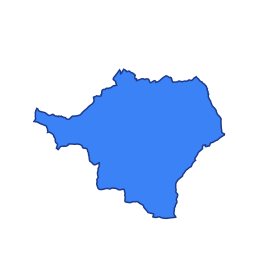 Fosca, Cundinamarca, Colombia, rotated 22°
{"feature_id": "7082276B26264709784086", "entity_name": "Fosca", "entity_type": "district", "adm_level": 2, "iso_a3": "COL", "parent_name": "Colombia", "parent_adm1": "Cundinamarca", "projection": "natural_earth1", "projection_center": [-73.944, 4.318], "detail": "fine", "context": "isolated", "style": "filled", "palette": "blue", "viewbox_px": 256, "rotation_deg": 22, "n_neighbors": 0, "source": "geoboundaries", "source_scale": "gbopen_adm2", "svg_char_len": 5796}
<svg xmlns="http://www.w3.org/2000/svg" viewBox="0 0 256 256"><g transform="rotate(22 128 128)"><path d="M205.7,192.9L205.1,192.0L204.2,191.8L203.4,191.2L202.3,189.5L201.7,186.7L201.3,185.7L201.0,184.7L201.0,184.0L201.2,183.4L201.2,182.8L200.7,181.1L201.0,180.4L201.2,180.1L201.2,178.9L201.0,178.2L200.6,177.4L199.8,176.5L199.5,175.9L199.4,175.5L199.5,173.9L199.4,172.6L199.2,171.4L198.7,170.7L197.1,170.0L196.5,169.6L196.2,169.2L195.8,167.4L194.6,165.6L194.1,164.2L193.3,162.2L193.1,160.9L193.4,159.0L193.9,157.1L194.2,156.4L196.3,152.7L196.5,152.1L196.3,150.6L196.4,149.9L196.9,148.6L197.0,147.8L197.7,145.0L198.6,143.9L198.9,143.0L199.4,142.2L199.8,141.5L200.9,140.3L201.1,139.9L201.1,138.9L201.0,138.1L201.2,136.2L201.7,134.6L202.7,132.6L201.8,132.1L201.5,131.7L201.4,131.0L201.7,129.8L202.3,126.2L202.3,124.6L202.7,123.5L203.6,121.8L204.1,121.0L204.8,119.4L204.8,119.0L204.3,118.4L204.0,116.8L204.0,116.0L206.2,114.7L206.7,116.2L208.2,115.5L209.0,114.9L209.6,114.3L210.2,114.0L210.1,111.0L211.2,110.2L212.1,109.4L213.9,107.1L215.5,105.5L216.9,102.6L218.9,99.8L219.3,99.1L219.8,98.7L219.9,98.3L219.7,97.5L219.5,97.3L219.1,97.3L218.7,97.4L217.4,97.2L216.8,97.0L216.5,96.6L214.0,92.1L212.9,89.8L211.2,85.8L211.0,84.8L210.7,84.5L209.0,83.3L208.1,82.9L207.3,82.4L206.2,82.1L204.3,80.4L203.1,78.7L201.7,77.7L200.0,76.8L198.5,76.3L197.4,75.5L196.7,74.7L195.7,73.8L194.7,72.4L194.1,71.8L193.1,71.2L192.3,70.4L191.0,69.4L190.1,67.4L190.1,66.3L190.0,66.2L189.1,65.9L188.6,64.3L187.2,63.2L187.1,62.8L187.0,62.1L185.7,61.0L185.0,60.0L183.9,59.6L182.8,58.9L180.7,58.4L179.6,57.7L177.9,57.6L176.6,57.2L175.8,56.6L174.8,56.1L173.6,55.8L172.0,54.9L171.7,55.4L170.5,57.0L170.0,58.7L169.3,59.9L168.0,60.5L167.1,60.4L166.4,60.8L165.1,62.5L164.6,62.8L163.2,63.1L161.5,64.4L159.7,65.1L157.8,65.3L157.4,65.5L156.9,66.4L155.3,67.5L153.2,68.2L152.1,68.7L151.9,68.5L151.3,67.7L150.4,67.1L150.4,66.4L149.2,65.2L148.8,65.2L148.5,65.1L148.1,65.5L147.8,65.7L147.0,65.6L145.5,65.3L143.8,65.3L142.6,66.9L141.4,68.6L140.9,69.6L139.5,72.5L138.5,73.8L137.1,75.1L136.8,75.3L136.0,74.2L134.7,74.2L134.0,75.0L132.8,76.7L131.9,77.6L131.6,77.6L130.8,77.0L129.1,75.3L128.8,75.1L128.0,75.1L126.4,75.7L125.7,76.7L124.1,76.6L123.8,76.8L123.2,76.8L122.3,77.3L118.2,80.9L117.7,79.5L117.2,79.2L116.8,79.3L116.5,79.7L116.1,79.6L115.1,78.3L115.0,77.8L115.0,76.4L114.0,75.9L112.9,75.7L112.4,75.4L111.9,75.3L110.0,75.4L109.2,75.2L108.8,75.0L107.6,74.8L107.0,75.2L106.2,76.0L105.9,76.2L105.2,75.7L104.5,75.8L103.4,75.2L102.5,75.3L102.0,75.2L101.5,78.8L101.1,80.4L100.9,80.6L100.7,80.4L100.3,79.2L99.9,78.5L99.1,77.8L98.4,77.3L97.3,81.9L96.9,83.0L96.9,83.4L95.8,86.9L96.0,88.3L96.1,88.5L96.4,88.7L97.9,89.0L99.0,89.6L100.4,91.4L101.5,92.7L99.5,93.8L98.6,94.4L97.8,95.7L96.7,97.3L94.8,98.6L93.2,99.2L92.9,99.5L92.3,100.8L91.2,101.2L90.6,101.7L90.0,102.4L89.9,103.4L90.9,107.1L90.9,107.3L90.5,107.5L90.9,108.2L90.8,108.6L88.8,109.5L86.7,110.0L86.4,110.6L86.0,111.1L84.5,112.3L84.7,112.9L85.1,113.2L85.4,113.9L86.5,115.6L86.3,117.3L85.9,118.9L83.5,122.8L82.9,124.6L82.2,126.2L81.8,126.7L80.2,129.9L79.4,132.0L79.3,132.7L78.5,134.2L77.8,134.5L76.6,135.6L75.9,136.0L74.5,136.7L73.6,137.3L72.9,137.4L72.0,137.9L71.6,138.5L71.1,139.9L70.6,140.6L70.5,141.3L70.1,141.9L69.6,142.2L68.0,142.7L67.8,142.7L67.0,142.2L65.7,141.8L64.8,142.2L64.3,142.4L63.2,142.1L62.5,142.4L62.0,142.0L61.7,142.0L61.1,142.7L60.1,142.7L59.4,142.8L59.2,143.0L58.9,143.7L58.7,143.8L57.7,143.5L57.1,143.8L56.0,144.1L55.1,144.1L54.8,144.0L54.2,143.5L53.8,143.4L53.4,143.5L52.7,143.8L52.3,144.2L51.2,145.5L49.7,146.0L47.9,145.6L47.0,145.2L45.2,144.9L44.3,145.0L43.2,145.2L40.1,145.6L38.6,145.4L37.6,144.5L37.1,144.1L36.1,144.0L36.1,146.7L36.3,148.5L36.9,149.7L38.0,152.5L38.3,153.1L39.0,154.0L38.4,157.2L41.0,156.5L43.7,156.6L44.8,156.8L49.5,156.7L51.3,156.8L51.7,156.9L52.4,157.8L53.7,159.0L54.4,160.5L55.0,161.3L55.1,162.1L55.6,161.6L56.6,161.5L57.8,161.4L60.5,161.9L61.6,162.5L62.1,163.2L63.0,164.1L64.0,164.7L64.8,165.8L65.3,167.0L66.2,168.3L66.9,168.7L68.2,169.0L68.8,169.7L69.1,171.5L69.1,172.9L69.3,173.7L70.4,173.6L71.0,174.2L71.4,174.1L71.6,173.6L72.0,171.6L72.2,171.0L72.7,170.3L73.6,169.6L74.0,169.4L75.2,169.1L77.6,167.9L78.9,166.3L78.8,165.6L78.9,165.2L79.5,165.0L80.3,164.4L81.5,164.1L82.8,163.6L85.4,162.8L87.0,161.7L88.1,161.7L89.2,161.3L90.3,161.3L92.0,161.7L92.3,161.9L93.1,163.1L93.7,163.3L94.8,163.3L95.4,162.8L95.6,162.7L96.6,162.8L97.4,162.6L97.9,162.8L98.5,163.4L99.4,164.8L100.0,165.3L100.5,165.6L100.8,165.8L101.1,166.9L101.7,167.9L102.5,168.8L104.2,172.1L104.7,172.7L105.4,173.2L106.7,173.4L107.5,173.7L109.6,174.7L110.4,174.8L111.3,174.4L111.8,174.0L112.8,172.9L113.7,171.5L114.1,171.2L114.5,171.0L114.7,171.4L114.8,172.5L115.5,174.0L115.7,174.5L115.4,176.8L115.6,177.2L116.0,177.8L116.2,178.2L116.3,180.0L116.5,181.1L117.2,182.5L118.7,184.7L118.9,185.1L118.9,185.6L118.5,186.5L118.5,187.4L118.8,188.3L119.6,189.4L119.6,190.1L119.8,191.2L120.2,192.0L121.4,193.5L122.9,195.1L123.7,195.5L124.5,195.6L126.3,195.1L127.7,194.3L130.2,192.4L131.3,191.8L133.3,191.4L134.2,191.3L134.5,191.1L135.0,190.2L136.2,189.4L137.0,189.3L138.4,188.8L138.7,188.6L140.3,188.5L141.7,188.8L143.2,188.6L144.9,187.7L146.2,186.6L147.0,186.4L147.4,186.4L147.8,186.9L148.7,188.3L149.8,189.7L150.0,190.3L150.1,191.5L150.4,191.9L151.1,192.6L151.3,193.0L152.3,196.5L152.5,196.9L153.2,197.4L154.1,197.4L157.5,196.6L159.0,195.7L159.9,194.6L160.3,194.4L162.2,193.8L163.8,192.9L165.3,192.8L166.5,193.3L167.4,193.5L170.2,193.8L171.2,194.1L171.6,194.5L172.4,195.6L172.7,195.8L177.0,198.0L178.1,198.8L180.6,198.6L183.4,198.1L184.0,198.2L184.2,198.8L184.3,201.0L184.9,201.1L185.4,201.1L188.3,200.1L189.1,199.3L189.9,198.8L190.2,198.6L191.0,198.6L192.1,198.7L193.3,198.6L195.5,198.1L196.9,197.6L198.1,197.1L200.4,195.7L205.7,192.9Z" fill="#3b82f6" stroke="#1e3a8a" stroke-width="1.5"/></g></svg>